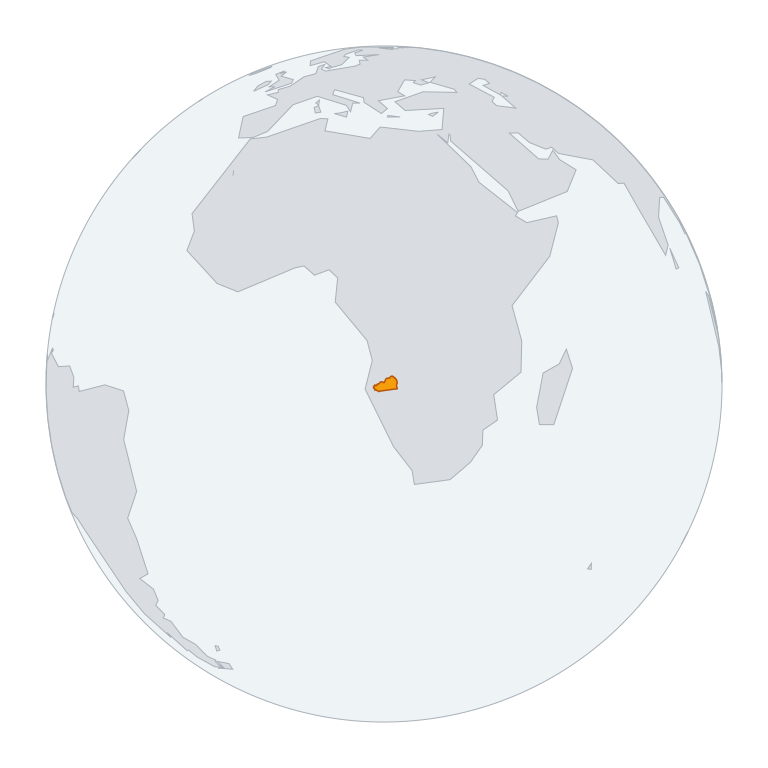 Cunene highlighted on a globe, orthographic projection, rotated 352°
{"feature_id": "AGO-1889", "entity_name": "Cunene", "entity_type": "Province", "adm_level": 1, "iso_a3": "AGO", "parent_name": "Angola", "parent_adm1": "", "projection": "orthographic", "projection_center": [15.075, -16.287], "detail": "fine", "context": "on_globe", "style": "filled", "palette": "amber", "viewbox_px": 768, "rotation_deg": 352, "n_neighbors": 0, "source": "natural_earth", "source_scale": "10m", "svg_char_len": 6354}
<svg xmlns="http://www.w3.org/2000/svg" viewBox="0 0 768 768"><g transform="rotate(352 384 384)"><circle cx="384" cy="384" r="338" fill="#eef3f6" stroke="#a8b0b8"/><path d="M52.6,318.0L50.8,327.6L54.9,307.6L54.1,313.7L60.5,302.7L59.1,307.7L64.0,321.5L75.2,322.4L77.8,334.2L75.8,343.9L81.1,343.3L81.2,349.0L107.4,346.0L125.1,354.6L127.6,374.8L118.5,402.7L124.1,456.0L111.5,481.1L117.6,503.1L123.9,539.1L115.1,542.6L127.2,555.2L130.2,566.9L127.1,571.3L134.8,581.8L132.9,584.9L140.1,589.5L149.5,606.7L161.2,615.7L171.2,629.1L179.0,634.0L178.3,635.1L180.7,638.6L185.0,642.0L177.2,640.5L160.9,628.3L153.3,620.1L152.0,620.7L134.6,600.0L137.8,605.4L114.8,578.1L99.3,553.0L67.1,486.2L62.1,475.3L57.1,467.8L53.0,451.9L48.6,425.3L46.4,398.5L46.3,371.5L48.4,344.6L52.6,318.0ZM194.5,645.4L179.9,642.2L186.2,643.0L180.2,635.5L191.6,639.3L194.5,645.4ZM181.2,625.2L180.4,619.7L183.2,620.6L184.4,624.7L181.2,625.2ZM713.1,307.5L711.5,300.8L715.8,322.4L720.1,349.3L721.8,375.3L720.8,362.3L718.5,339.3L716.5,329.0L713.2,309.4L704.2,277.1L702.9,277.2L699.4,265.8L686.8,237.9L682.9,237.8L679.1,257.0L684.7,286.0L680.8,295.7L660.9,247.0L649.6,218.5L643.9,218.1L622.2,191.2L588.9,180.0L582.9,172.8L577.0,174.0L561.5,165.0L551.8,154.0L543.0,153.0L568.5,182.6L577.8,184.2L583.7,176.0L589.3,186.4L604.0,198.6L592.3,218.8L540.9,231.7L533.8,210.0L483.8,152.6L484.2,147.3L483.9,146.7L483.1,145.6L480.7,154.0L471.4,144.1L500.3,180.9L506.1,197.4L540.2,232.9L537.5,235.8L547.8,244.1L578.4,241.5L579.1,248.7L565.9,280.6L521.7,324.2L526.4,360.5L521.3,391.4L491.2,409.8L491.4,435.5L475.5,443.4L472.9,458.2L458.8,473.4L436.1,487.9L400.1,487.7L399.8,473.7L384.7,447.3L364.6,386.4L375.7,359.0L373.3,338.6L347.1,296.1L352.9,272.4L345.4,263.2L330.3,266.6L321.3,256.0L312.0,256.6L252.1,272.4L232.8,261.3L207.4,224.4L217.5,206.2L217.6,188.6L285.7,122.7L302.1,123.2L357.9,112.2L365.3,113.6L360.8,125.1L404.4,138.9L416.0,129.0L453.4,138.6L476.9,140.1L481.5,119.4L443.0,116.1L434.2,106.0L463.4,100.1L496.8,105.4L494.4,101.8L471.6,91.6L477.4,87.0L463.5,88.0L470.5,91.9L461.9,93.1L455.0,89.7L457.3,87.9L446.7,85.7L438.3,96.4L444.5,101.5L417.9,102.7L425.7,111.7L419.1,115.8L403.5,102.3L403.6,97.6L376.0,85.6L373.5,90.3L399.3,102.5L392.1,101.5L388.8,109.7L385.5,102.8L358.0,89.8L332.8,94.8L303.8,117.7L288.4,121.7L274.2,120.1L281.7,99.6L315.2,93.2L318.3,87.4L308.9,81.5L319.9,80.5L320.2,77.8L332.6,76.0L347.5,68.7L359.7,67.2L363.1,60.5L369.9,59.3L365.9,63.3L369.7,66.0L399.7,65.2L404.8,63.9L404.6,60.0L412.9,61.0L408.9,57.4L425.0,57.1L402.0,55.0L401.2,52.0L409.5,50.5L405.1,49.6L391.5,52.3L389.8,54.0L394.9,55.7L386.6,61.9L376.9,63.3L369.9,56.6L355.2,58.5L356.2,53.8L392.4,46.9L408.7,47.2L440.8,51.8L438.4,52.3L425.7,50.5L439.6,54.1L437.4,52.8L444.3,54.1L445.3,52.9L450.2,53.9L442.7,51.6L448.8,52.7L453.5,54.1L460.1,54.8L466.2,56.2L489.9,63.1L513.1,71.7L535.6,82.0L557.2,93.9L578.0,107.3L597.6,122.2L616.2,138.5L633.5,156.1L649.5,174.9L664.1,194.9L677.1,215.9L688.6,237.7L698.5,260.4L706.7,283.7L713.1,307.5ZM264.8,151.5L263.5,156.6L264.8,151.5ZM534.2,124.0L552.8,129.1L540.7,115.1L546.9,116.3L540.5,111.5L539.8,114.2L523.7,102.1L530.3,101.0L526.2,96.3L519.7,94.4L510.1,98.8L533.1,115.4L530.4,119.3L534.2,124.0ZM60.9,302.1L61.2,304.5L59.8,306.2L60.9,302.1ZM66.6,268.7L67.3,267.9L65.5,271.9L66.6,268.7ZM65.8,270.2L64.6,273.7L65.8,270.2ZM175.9,117.8L175.2,118.4L168.7,123.9L171.4,121.4L166.3,125.6L166.1,125.7L175.9,117.8ZM309.6,67.9L314.6,68.4L311.0,71.4L295.6,76.0L300.6,71.3L309.6,67.9ZM322.5,68.6L319.9,62.3L329.4,60.1L324.5,62.2L331.1,61.4L325.0,64.8L336.6,70.0L334.2,73.3L306.9,78.2L317.2,74.4L311.7,73.7L322.5,68.6ZM296.4,58.7L295.4,58.3L317.4,53.7L315.8,54.8L300.3,58.6L293.0,59.7L296.4,58.7ZM244.4,76.3L240.4,78.1L239.8,78.4L244.4,76.3ZM372.4,109.3L377.8,109.5L386.1,108.8L384.1,114.5L372.4,109.3ZM353.3,100.4L358.0,99.4L359.3,106.0L353.7,106.1L353.3,100.4ZM359.5,93.8L358.2,98.8L355.6,96.2L359.5,93.8ZM370.2,62.6L375.1,62.0L376.1,62.9L373.9,64.4L370.2,62.6ZM475.6,122.3L469.5,125.7L465.7,123.4L468.5,122.6L475.6,122.3ZM425.2,118.6L437.2,121.8L424.5,120.1L425.2,118.6ZM564.4,590.5L563.4,596.4L559.8,595.4L564.4,590.5ZM572.9,394.7L546.5,447.9L532.3,445.9L531.9,428.4L543.1,395.3L560.3,388.5L569.4,374.9L572.9,394.7ZM718.8,429.7L719.5,423.2L720.1,418.9L719.9,420.8L718.8,429.7ZM721.3,404.9L720.1,418.3L720.8,393.8L715.5,337.0L717.6,341.9L721.8,381.4L721.8,385.3L721.5,401.8L721.3,404.9ZM685.9,289.3L692.1,309.9L689.3,310.8L685.9,289.3ZM656.0,584.4L659.3,579.8L664.5,572.4L656.0,584.4Z" fill="#d9dde1" stroke="#a8b0b8" stroke-width="1"/><path d="M377.8,390.7L377.7,390.7L377.4,390.3L377.3,390.2L376.8,389.9L376.2,389.6L375.7,389.2L375.2,389.0L375.3,388.8L375.2,388.7L375.1,388.4L374.9,388.3L374.8,388.2L374.7,388.2L374.3,388.0L374.2,388.1L374.2,387.8L374.0,387.5L373.4,386.9L373.2,386.6L373.1,386.4L373.2,386.1L373.3,386.0L373.5,385.8L373.6,385.7L373.6,385.4L373.5,385.2L373.4,385.1L373.5,385.0L373.5,384.9L373.8,384.8L373.9,384.7L374.0,384.6L374.2,384.4L374.2,384.5L374.3,384.5L374.5,384.4L374.6,384.2L375.0,383.8L375.3,384.1L375.5,384.3L375.7,384.5L375.9,384.5L376.2,384.4L376.4,384.2L376.6,384.1L377.2,383.4L377.3,383.2L377.5,383.2L377.7,383.3L377.8,383.4L377.9,383.5L378.0,383.5L378.2,383.4L378.4,383.1L378.5,383.0L378.8,382.9L379.3,382.7L379.9,382.4L380.0,382.3L380.7,381.6L380.8,381.5L381.1,381.5L381.3,381.5L381.5,381.5L381.9,381.5L382.7,381.7L383.3,381.9L383.6,382.1L383.7,382.3L383.8,382.6L384.3,382.6L384.5,382.5L384.7,382.3L385.0,381.9L385.5,380.9L385.7,380.6L386.2,379.8L386.6,379.3L387.1,379.0L387.6,378.8L387.8,378.7L388.3,378.7L388.5,378.8L389.6,378.8L389.8,378.8L390.0,378.7L390.5,378.7L391.3,377.9L391.4,377.7L391.7,377.5L392.2,377.4L392.4,377.3L392.6,377.3L392.9,377.4L393.5,377.4L393.7,377.5L393.8,377.8L394.0,377.9L394.1,378.0L394.1,378.3L394.3,378.4L394.5,378.5L394.8,378.9L394.9,379.0L395.0,379.0L395.3,379.1L395.3,379.4L395.4,379.5L395.7,379.8L395.9,379.9L396.6,381.2L396.9,381.5L397.0,381.6L397.0,381.8L397.1,382.7L397.2,383.8L397.3,384.5L397.2,384.9L397.1,385.1L396.6,385.7L396.5,386.2L396.3,386.7L396.2,386.9L396.1,387.3L396.1,387.7L396.2,388.3L396.4,389.6L396.4,390.6L395.4,390.6L394.0,390.5L392.6,390.5L391.1,390.5L389.7,390.5L388.2,390.5L386.8,390.5L386.7,390.5L385.3,390.5L383.9,390.5L382.5,390.5L381.0,390.5L379.6,390.5L379.2,390.5L378.9,390.7L378.7,390.6L378.4,390.7L378.2,390.7L377.9,390.7L377.8,390.7Z" fill="#f59e0b" stroke="#b45309" stroke-width="1.5"/></g></svg>